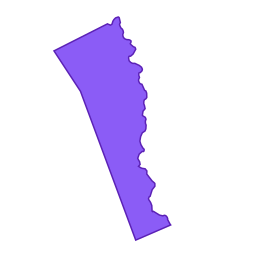 the district of Newton, Texas, United States of America, rotated 337°
{"feature_id": "52423323B15615503962810", "entity_name": "Newton", "entity_type": "district", "adm_level": 2, "iso_a3": "USA", "parent_name": "United States of America", "parent_adm1": "Texas", "projection": "orthographic", "projection_center": [-93.622, 30.715], "detail": "fine", "context": "isolated", "style": "filled", "palette": "violet", "viewbox_px": 256, "rotation_deg": 337, "n_neighbors": 0, "source": "geoboundaries", "source_scale": "gbopen_adm2", "svg_char_len": 1757}
<svg xmlns="http://www.w3.org/2000/svg" viewBox="0 0 256 256"><g transform="rotate(337 128 128)"><path d="M157.9,93.3L157.9,93.2L156.6,92.1L156.2,91.1L156.1,88.9L156.8,87.4L158.3,86.0L158.5,83.8L159.2,82.1L159.7,81.6L160.2,81.5L160.5,81.6L161.0,81.8L163.3,80.8L164.2,79.5L164.2,77.4L162.9,74.9L159.6,71.2L157.5,70.3L156.1,68.7L155.3,66.6L155.7,64.5L156.1,63.4L156.5,62.8L157.1,62.4L158.5,62.9L161.6,61.9L165.9,58.5L166.0,57.1L165.9,56.4L164.7,55.3L163.2,52.2L163.0,51.3L163.6,50.8L164.3,50.1L164.8,49.1L164.2,47.9L163.2,47.0L161.5,46.2L160.2,45.1L159.3,43.3L159.2,41.9L159.6,40.1L161.2,38.2L161.5,36.4L161.4,34.8L160.6,33.2L160.5,31.6L160.5,30.3L160.7,29.3L161.4,28.5L162.1,28.1L163.0,23.1L162.7,22.3L162.4,22.0L159.7,21.8L159.0,22.0L157.4,22.7L155.8,23.8L153.9,26.1L152.1,26.5L150.1,24.5L149.8,24.1L90.0,28.1L98.6,75.6L91.3,234.2L129.4,233.9L129.1,232.6L128.7,227.7L129.1,226.9L129.2,225.6L128.8,224.0L128.3,223.3L127.7,222.7L126.9,222.5L125.8,222.5L123.0,220.5L118.8,214.6L118.0,214.6L117.7,213.9L119.6,208.7L119.7,205.4L119.1,201.8L119.3,201.0L120.5,199.7L121.7,199.5L122.7,198.3L126.2,194.2L130.0,192.1L131.0,189.7L130.9,189.0L129.4,185.9L127.3,177.7L128.6,174.9L127.8,172.2L125.2,170.6L124.2,169.6L122.7,167.4L124.9,166.3L125.5,163.5L125.2,161.4L125.1,159.7L128.1,156.4L131.9,155.1L132.6,155.5L133.0,155.7L133.6,155.5L134.2,154.7L134.5,153.9L134.3,153.2L133.8,152.0L133.4,148.2L133.8,144.7L136.3,140.8L139.3,138.0L142.5,137.4L144.1,135.8L145.8,132.4L145.9,130.4L146.8,128.2L147.8,127.3L148.1,126.1L148.0,124.8L146.5,122.7L146.2,121.9L148.4,118.4L151.3,116.9L151.9,113.8L152.0,111.8L153.0,109.6L154.1,108.4L155.9,108.1L157.0,107.4L157.3,107.1L158.8,103.2L158.9,100.9L158.0,99.8L157.9,93.3Z" fill="#8b5cf6" stroke="#5b21b6" stroke-width="1.5"/></g></svg>